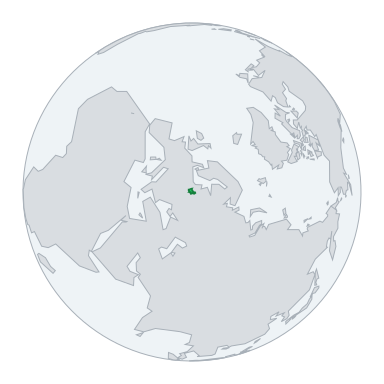 Grodno on an orthographic globe, rotated 85°
{"feature_id": "BLR-2344", "entity_name": "Grodno", "entity_type": "Region", "adm_level": 1, "iso_a3": "BLR", "parent_name": "Belarus", "parent_adm1": "", "projection": "orthographic", "projection_center": [25.492, 53.866], "detail": "fine", "context": "on_globe", "style": "filled", "palette": "green", "viewbox_px": 384, "rotation_deg": 85, "n_neighbors": 0, "source": "natural_earth", "source_scale": "10m", "svg_char_len": 12266}
<svg xmlns="http://www.w3.org/2000/svg" viewBox="0 0 384 384"><g transform="rotate(85 192 192)"><circle cx="192" cy="192" r="169" fill="#eef3f6" stroke="#a8b0b8"/><path d="M88.3,58.6L100.2,50.3L92.9,55.1L97.5,51.9L106.3,46.6L114.5,42.2L127.4,37.5L136.0,38.8L131.2,40.2L133.8,40.6L140.0,39.1L143.4,38.0L160.9,39.9L181.4,39.1L187.8,36.6L186.5,39.2L198.5,33.3L209.5,32.8L197.1,34.8L195.9,36.3L203.4,36.5L203.8,38.1L207.6,39.3L207.4,41.3L200.2,42.7L199.9,44.1L205.2,44.2L208.4,46.6L200.5,46.1L205.2,50.2L194.0,54.0L173.2,52.3L166.9,57.2L145.6,63.3L147.5,64.9L140.6,68.7L140.3,72.0L136.5,72.5L139.6,74.8L143.2,73.7L145.8,74.5L145.9,76.4L141.0,77.3L140.2,76.4L138.8,77.7L136.3,77.3L137.6,78.6L131.7,79.6L137.8,81.6L133.1,84.9L129.1,84.8L129.4,80.9L120.6,72.0L116.7,71.3L110.8,73.8L100.1,86.4L95.7,87.4L90.0,91.6L92.4,92.7L97.8,89.9L100.9,93.2L107.1,89.7L109.3,90.6L115.7,88.9L114.9,93.4L110.6,99.0L105.2,100.8L103.1,103.4L108.4,105.3L98.5,112.6L92.1,124.6L89.5,126.2L84.3,122.2L84.0,112.5L77.2,108.6L81.7,115.7L75.1,120.1L74.1,122.9L74.5,125.4L77.1,125.6L74.9,128.2L69.5,121.9L71.5,119.4L73.1,121.3L72.9,117.0L69.3,113.3L66.3,116.1L64.0,108.5L61.8,110.5L60.1,110.2L63.8,107.4L57.2,112.5L54.0,106.3L45.0,115.8L53.7,103.4L56.8,97.7L59.7,91.9L58.2,93.3L64.1,84.5L66.0,80.4L61.6,84.6L60.2,86.3L68.8,76.4L78.2,67.1L88.3,58.6ZM50.7,99.3L49.4,101.3L50.0,100.9L46.9,106.8L44.3,109.9L50.7,99.3ZM41.9,114.4L37.8,123.1L36.7,125.5L41.9,114.4ZM28.8,148.3L28.9,148.7L28.3,153.7L26.5,159.4L27.6,158.4L26.2,165.1L26.2,179.6L25.7,179.8L25.3,199.0L27.9,215.8L28.5,223.2L27.9,224.2L29.5,229.8L29.6,231.6L38.5,253.6L45.3,267.9L46.6,273.7L43.9,272.4L45.4,276.0L39.8,265.4L35.0,254.4L30.9,243.1L27.7,231.5L25.3,219.7L23.8,207.8L23.1,195.8L23.2,183.8L24.2,171.8L26.1,160.0L28.8,148.3ZM42.7,118.1L35.8,136.0L37.3,128.7L37.5,129.4L39.7,124.2L43.1,116.2L45.1,110.6L42.7,118.1ZM45.0,119.3L46.0,116.7L45.3,118.9L45.0,119.3ZM144.9,37.4L140.1,38.9L134.4,39.9L138.3,38.3L144.9,37.4ZM155.8,36.5L153.7,37.5L151.0,36.5L153.0,36.2L155.8,36.5ZM192.3,34.6L188.3,34.8L192.0,34.1L192.3,34.6ZM208.2,39.1L209.2,38.6L210.8,39.5L208.2,39.1ZM115.7,86.5L115.7,87.7L114.5,87.4L115.7,86.5ZM118.6,84.7L117.2,83.6L118.3,82.6L119.1,83.3L118.6,84.7ZM211.9,43.4L214.1,45.0L210.6,43.5L211.9,43.4ZM120.0,86.4L120.5,81.0L122.6,79.3L127.4,80.7L120.0,86.4ZM214.6,46.2L220.0,50.5L222.8,49.6L218.1,54.8L215.0,49.2L210.3,47.4L213.7,47.4L214.6,46.2ZM144.3,72.6L140.4,73.8L143.5,71.0L144.3,72.6ZM145.6,70.7L151.3,61.7L157.0,61.1L153.9,64.1L161.3,62.2L161.3,66.3L157.2,68.3L153.5,67.8L156.4,69.8L145.6,70.7ZM214.7,57.1L214.9,58.5L213.3,57.3L214.7,57.1ZM147.0,74.5L147.7,72.7L152.7,72.0L152.3,75.6L150.8,74.7L147.0,74.5ZM163.2,59.7L166.8,60.0L167.9,63.4L169.4,64.0L161.8,66.3L163.2,59.7ZM149.7,75.8L152.0,77.5L149.8,79.7L146.7,76.3L149.7,75.8ZM154.1,70.4L156.5,70.3L155.1,71.5L154.1,70.4ZM143.2,88.6L143.8,86.2L146.5,85.6L143.2,88.6ZM153.0,78.0L153.7,77.3L154.9,76.8L155.9,78.4L153.0,78.0ZM163.0,68.6L162.7,70.0L166.2,67.8L167.1,70.4L161.8,71.5L164.5,72.1L164.7,72.9L160.1,73.0L163.0,68.6ZM160.2,78.7L153.8,81.3L152.0,85.8L149.6,86.4L152.9,79.1L160.2,78.7ZM160.6,75.3L159.8,77.5L157.2,77.0L156.1,75.3L160.6,75.3ZM169.6,71.8L169.6,67.5L170.7,67.4L169.6,71.8ZM160.2,80.1L161.8,79.4L160.4,80.4L160.2,80.1ZM167.3,74.4L167.1,72.8L168.5,72.8L167.3,74.4ZM165.0,79.5L162.9,80.3L162.1,79.0L165.0,79.5ZM166.5,77.2L168.3,77.5L163.1,78.1L166.2,76.5L166.5,77.2ZM168.6,74.6L169.3,74.0L168.5,75.2L168.6,74.6ZM169.3,83.8L162.9,84.9L161.1,82.1L167.6,81.4L169.3,83.8ZM90.6,288.0L80.3,263.0L85.3,258.0L86.1,248.3L120.5,228.3L127.9,233.4L155.0,235.8L158.4,237.9L155.3,246.1L175.7,258.9L182.2,252.3L200.7,257.8L212.9,256.5L217.1,240.1L197.1,241.9L193.5,234.0L209.5,225.7L227.0,224.1L226.2,221.0L215.1,215.5L219.0,208.8L211.2,213.0L214.4,216.0L209.6,218.9L206.4,216.4L207.9,214.0L202.6,213.0L196.7,225.0L199.4,229.3L185.6,231.6L188.6,239.1L184.9,242.5L178.3,231.2L178.9,227.0L166.8,213.7L164.9,218.2L176.2,231.2L172.7,230.1L170.3,236.8L169.4,230.7L157.5,215.8L145.0,216.1L129.1,229.5L121.8,228.3L115.7,222.3L121.4,205.8L137.1,210.3L139.3,205.0L136.1,195.1L141.1,197.5L141.7,194.1L147.7,195.4L156.0,188.9L162.0,189.3L165.3,179.2L168.8,178.2L165.9,184.3L167.1,189.0L182.0,189.9L184.9,187.9L185.8,181.4L189.8,182.7L188.7,176.3L197.3,173.7L186.0,171.7L186.7,164.5L191.9,159.1L190.1,156.4L181.7,165.4L180.2,169.3L182.2,173.2L176.3,184.3L171.1,185.7L169.6,173.1L162.1,173.9L164.2,164.1L185.6,145.3L194.5,141.7L209.4,150.4L207.3,155.1L201.0,154.2L206.9,161.5L206.4,157.8L209.7,159.0L211.3,152.8L213.7,153.4L211.0,146.7L214.2,146.7L215.8,151.0L220.8,142.4L227.4,141.1L227.3,138.9L225.4,136.9L235.0,136.8L234.6,135.2L231.2,134.6L228.2,131.2L226.5,125.1L229.9,125.4L231.0,127.6L238.3,132.8L240.6,139.0L241.9,138.5L240.7,133.3L231.7,126.8L229.7,123.1L234.3,125.5L232.5,124.4L232.6,122.6L235.9,121.3L231.0,118.4L227.3,100.3L233.3,96.2L237.8,100.1L238.8,88.8L245.5,85.7L242.4,85.1L240.9,79.6L238.8,80.5L237.2,79.8L232.2,67.1L233.6,64.6L228.0,59.0L226.4,58.8L225.0,60.3L218.1,54.8L222.8,49.6L226.1,50.4L226.7,46.9L234.3,49.3L240.8,49.8L248.7,54.9L253.2,55.2L252.9,53.8L258.8,53.4L271.9,57.9L262.5,60.2L243.1,56.1L251.1,58.1L249.7,59.5L252.8,61.5L258.4,62.9L258.8,61.9L269.6,75.0L283.9,84.2L282.0,78.2L285.1,76.8L299.7,83.5L319.0,106.4L323.3,106.0L326.4,108.5L328.9,114.3L324.5,110.7L323.2,113.3L320.4,110.6L322.9,119.1L318.9,115.7L322.8,124.3L325.9,125.0L325.2,118.5L330.3,127.8L334.9,126.7L340.0,131.9L347.8,152.5L348.8,166.1L349.8,168.6L347.8,170.5L348.8,179.8L355.4,183.1L356.5,186.5L356.4,201.3L355.7,199.1L350.5,204.1L352.1,213.7L356.2,211.9L357.7,216.4L355.7,220.4L353.9,216.8L352.0,218.4L350.6,210.7L345.4,204.0L343.3,212.1L341.7,207.7L334.2,204.8L330.1,216.1L324.8,240.3L327.1,252.3L323.9,261.3L312.8,252.3L307.3,242.2L303.6,246.7L291.9,242.4L272.4,253.1L269.4,250.6L265.8,254.2L257.5,253.8L252.9,249.2L248.0,251.4L260.4,263.2L265.6,260.7L269.7,252.6L272.2,257.3L280.1,258.4L272.2,275.6L242.9,296.8L239.7,288.1L215.7,264.0L216.2,260.5L216.1,260.1L215.8,259.4L213.9,265.3L209.7,259.9L222.9,278.7L225.3,286.7L242.5,297.5L241.0,299.4L246.4,300.7L263.5,291.6L263.6,294.6L255.8,310.6L231.9,332.3L234.9,340.1L232.9,346.5L217.7,352.4L218.7,355.4L210.8,357.2L210.1,358.5L203.5,359.9L192.7,360.8L174.7,360.0L173.8,359.5L165.2,356.9L153.2,347.5L158.0,343.4L156.5,338.7L143.5,324.6L146.4,317.8L142.8,313.8L135.5,312.8L131.4,307.6L126.9,306.2L99.1,297.9L90.6,288.0ZM108.9,242.8L108.0,245.7L108.0,245.8L108.9,242.8ZM245.8,230.2L256.1,227.4L250.8,218.4L254.3,216.6L251.3,214.3L250.4,217.8L242.8,211.1L247.0,206.4L245.4,202.0L241.9,202.9L235.5,212.6L246.3,222.1L244.2,227.2L245.8,230.2ZM26.2,180.0L26.0,182.9L25.8,180.5L26.2,180.0ZM36.3,129.8L35.4,132.8L34.5,135.1L35.0,133.1L36.3,129.8ZM32.0,154.5L31.5,158.4L31.4,155.2L32.0,154.5ZM35.0,138.7L32.2,151.6L32.1,146.3L34.0,138.3L33.4,142.5L35.0,138.7ZM42.8,120.8L42.0,122.9L41.4,123.3L42.8,120.8ZM44.5,121.0L44.6,120.4L45.5,118.8L44.5,121.0ZM75.5,120.5L75.8,121.1L75.7,123.9L74.6,123.1L75.5,120.5ZM82.0,134.2L78.3,138.1L80.2,134.6L78.0,134.0L79.2,126.2L88.3,126.6L84.0,127.7L82.0,134.2ZM83.3,116.2L81.5,120.9L83.1,115.8L83.3,116.2ZM139.3,175.6L141.3,178.6L139.0,182.0L131.4,182.4L134.6,177.3L139.3,175.6ZM144.7,182.0L145.3,169.8L150.0,169.3L147.3,171.6L150.4,172.5L146.7,176.5L150.7,188.3L149.0,192.2L135.8,190.2L141.1,188.6L138.8,185.7L144.7,182.0ZM138.4,142.2L138.7,137.6L148.6,142.4L147.2,146.2L139.5,146.5L136.7,142.4L138.4,142.2ZM128.3,90.3L127.8,88.7L129.2,88.4L130.7,89.5L128.3,90.3ZM143.2,87.5L132.0,96.8L130.9,95.4L125.7,102.9L120.6,102.3L124.1,97.4L116.3,102.7L117.5,98.1L112.5,102.2L120.9,91.5L121.6,87.8L122.8,92.1L127.4,92.6L129.6,91.8L136.5,86.7L140.3,79.4L145.5,79.1L148.2,80.8L148.1,82.5L144.7,82.1L147.0,84.7L142.0,85.5L143.2,87.5ZM176.5,105.1L172.7,103.3L176.4,109.9L171.4,110.1L172.2,110.9L168.6,113.0L165.6,117.0L163.3,116.5L163.1,118.3L160.8,119.9L159.7,122.3L155.3,122.3L153.7,125.2L152.6,123.5L150.9,128.7L150.2,124.9L147.0,126.8L149.4,129.4L128.2,125.0L119.9,126.6L113.4,130.2L113.0,123.6L118.8,116.2L127.6,109.8L135.7,109.5L134.0,106.7L137.4,105.8L137.3,108.3L139.4,103.9L142.2,103.9L150.0,99.1L151.4,93.0L154.3,91.2L155.1,93.6L157.4,90.2L160.9,93.5L163.1,92.4L168.6,94.7L169.0,100.2L171.4,98.5L175.7,100.4L176.5,105.1ZM170.8,84.6L172.3,90.7L170.3,94.0L161.4,88.7L159.0,89.2L153.2,86.2L156.2,81.7L157.6,82.9L159.6,83.1L157.8,84.4L160.8,83.5L162.8,85.2L165.6,85.0L165.3,87.0L170.8,84.6ZM162.3,235.1L164.9,235.8L169.0,235.9L167.5,240.3L162.3,235.1ZM154.0,225.1L156.4,224.9L156.3,230.8L153.6,230.2L154.0,225.1ZM157.7,219.9L156.5,224.4L155.5,221.6L157.7,219.9ZM168.1,183.9L170.6,183.4L170.9,184.9L169.4,187.1L168.1,183.9ZM186.4,125.8L184.5,124.0L185.3,123.1L184.1,117.7L187.7,117.2L189.8,120.3L186.4,125.8ZM213.7,243.4L210.1,246.9L208.3,245.6L209.9,244.6L213.7,243.4ZM187.7,244.6L193.6,246.6L187.2,245.8L187.7,244.6ZM190.1,124.4L189.2,122.1L191.5,123.3L190.1,124.4ZM190.2,116.6L193.0,117.4L188.0,116.5L190.2,116.6ZM260.9,337.5L248.4,349.1L240.7,351.3L239.8,349.9L244.7,343.7L253.8,339.4L258.4,335.0L260.9,337.5ZM357.3,226.9L357.1,227.7L357.8,224.5L358.3,222.1L357.3,226.9ZM357.7,225.0L355.7,230.1L349.8,229.4L352.0,224.9L357.5,219.4L357.2,221.7L358.5,219.5L357.7,225.0ZM360.2,208.0L360.0,209.6L359.9,206.8L360.0,202.4L360.4,199.1L359.7,176.1L359.9,173.9L360.6,182.0L360.9,195.0L360.2,208.0ZM327.8,252.8L331.4,256.3L329.4,259.8L327.8,252.8ZM357.7,163.9L359.1,173.5L357.2,163.0L357.7,163.9ZM355.5,155.7L356.3,157.5L355.7,157.6L355.5,155.7ZM351.4,171.7L351.1,175.8L350.3,174.3L350.2,168.3L351.4,171.7ZM343.9,136.5L347.0,140.9L348.0,143.1L346.4,142.1L343.9,136.5ZM219.3,119.1L216.9,127.0L217.5,132.9L221.6,136.1L214.8,135.1L213.8,126.1L219.3,119.1ZM226.0,102.5L222.4,99.9L224.6,99.0L225.7,99.4L226.0,102.5ZM223.4,102.4L217.8,103.2L216.2,100.5L220.9,100.3L223.4,102.4ZM204.0,113.5L203.0,115.8L201.2,114.8L204.0,113.5ZM357.7,159.1L357.7,159.3L358.6,164.4L356.0,151.9L356.4,153.2L357.7,159.1ZM356.4,154.4L357.3,159.1L355.9,152.6L356.4,154.4ZM357.1,158.7L356.3,156.6L356.1,154.2L357.1,158.7ZM356.1,152.7L354.6,147.9L355.2,149.0L356.1,152.7ZM354.2,152.2L355.1,150.5L355.4,156.3L351.6,148.6L351.1,145.2L354.2,152.2ZM327.6,103.6L325.5,102.3L324.1,99.0L325.9,100.8L327.6,103.6ZM317.5,87.9L323.0,97.8L327.2,106.2L327.6,105.1L331.7,110.0L329.1,109.9L323.6,101.5L321.1,95.8L317.3,92.3L313.3,86.9L308.9,84.4L306.1,81.5L309.3,82.0L317.5,87.9ZM307.1,83.6L297.9,78.3L296.8,73.8L298.5,74.0L303.2,78.2L303.5,80.3L307.1,83.6ZM295.4,75.8L295.6,77.8L282.6,76.1L279.6,74.7L288.8,73.2L289.6,75.1L292.9,76.5L295.4,75.8ZM216.6,58.3L215.1,58.5L215.9,57.4L216.6,58.3ZM236.0,80.4L234.0,79.3L235.0,78.0L236.0,80.4ZM229.0,75.7L229.2,77.9L227.5,75.5L229.0,75.7ZM230.0,82.9L228.6,78.7L232.0,82.9L230.0,82.9Z" fill="#d9dde1" stroke="#a8b0b8" stroke-width="1"/><path d="M192.8,188.8L193.0,188.8L193.1,188.7L193.3,188.7L193.3,188.8L193.4,189.0L193.5,189.1L193.7,189.3L193.8,189.4L193.8,189.5L194.0,189.7L194.0,189.8L194.0,190.0L193.9,190.0L193.9,190.3L193.7,190.7L193.7,190.8L193.4,190.9L193.2,190.9L193.1,191.0L193.2,191.3L193.2,191.5L193.3,191.5L193.4,191.4L193.5,191.4L193.5,191.5L193.5,191.8L193.4,191.9L193.3,192.0L193.3,192.3L193.4,192.5L193.5,192.5L193.7,192.8L193.8,192.9L193.8,193.0L193.9,193.3L193.6,193.5L193.4,193.5L193.1,193.5L193.0,193.4L193.0,193.5L192.7,193.4L192.4,193.4L192.3,193.5L192.2,193.7L192.2,193.8L192.2,194.0L192.1,194.3L192.1,194.5L191.9,194.6L191.8,194.8L191.7,194.7L191.7,194.8L191.7,195.0L191.6,194.9L191.5,195.0L191.4,195.0L191.2,195.0L191.2,194.9L191.0,194.7L190.9,194.6L190.7,194.7L190.4,194.7L190.4,194.8L190.5,194.8L190.4,194.9L190.4,195.0L190.3,195.3L190.2,195.3L190.0,195.2L189.9,195.2L189.7,195.2L189.2,195.2L189.2,194.8L189.2,194.7L189.2,194.4L189.1,194.2L189.0,193.8L189.0,193.7L188.9,193.4L188.8,193.2L188.7,192.7L188.6,192.3L188.6,192.2L188.5,191.9L188.5,191.7L188.6,191.8L188.8,191.9L189.0,191.8L189.2,191.7L189.3,191.7L189.3,191.8L189.5,191.8L189.6,191.7L189.8,191.7L189.8,191.8L190.0,191.9L190.3,191.7L190.5,191.6L190.8,191.7L190.8,191.4L190.8,191.2L191.0,191.2L191.3,191.2L191.5,190.9L191.8,190.9L191.9,190.7L192.0,190.7L192.1,190.9L192.0,191.0L192.3,191.2L192.5,191.1L192.5,190.9L192.4,190.8L192.4,190.7L192.2,190.7L192.2,190.4L192.2,190.2L192.3,190.1L192.4,189.9L192.4,189.7L192.4,189.3L192.4,189.2L192.5,189.2L192.6,188.9L192.8,188.8Z" fill="#22c55e" stroke="#15803d" stroke-width="1.5"/></g></svg>